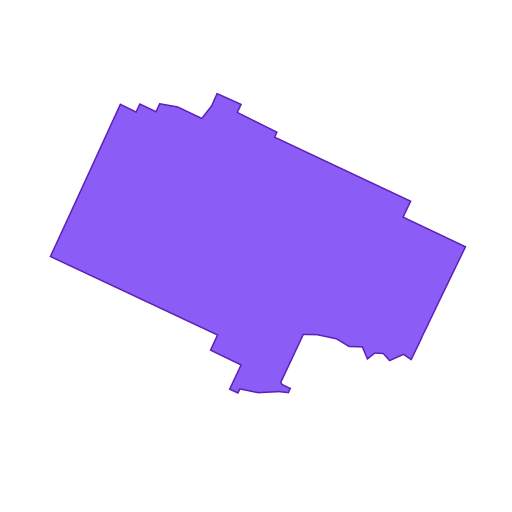 outline of Scott, Arkansas, United States of America, rotated 204°
{"feature_id": "52423323B55243158693426", "entity_name": "Scott", "entity_type": "district", "adm_level": 2, "iso_a3": "USA", "parent_name": "United States of America", "parent_adm1": "Arkansas", "projection": "albers", "projection_center": [-94.153, 34.883], "detail": "fine", "context": "isolated", "style": "filled", "palette": "violet", "viewbox_px": 512, "rotation_deg": 204, "n_neighbors": 0, "source": "geoboundaries", "source_scale": "gbopen_adm2", "svg_char_len": 795}
<svg xmlns="http://www.w3.org/2000/svg" viewBox="0 0 512 512"><g transform="rotate(204 256 256)"><path d="M441.6,339.4L442.7,241.9L442.9,225.4L443.6,171.9L259.0,168.2L259.2,151.5L225.3,150.4L225.9,123.6L216.8,123.5L216.7,128.0L198.5,132.0L180.0,141.4L170.8,144.4L170.9,145.5L170.8,148.9L179.8,149.2L182.0,150.6L181.1,193.0L180.9,203.6L168.1,209.0L148.7,213.1L134.1,211.2L121.9,216.2L112.3,207.3L108.0,215.7L100.0,218.7L91.4,214.8L81.3,226.1L72.1,224.5L71.4,247.8L71.4,248.8L71.5,251.0L71.1,260.3L70.9,268.8L70.9,270.4L70.8,272.4L70.3,289.4L68.4,349.6L137.5,351.3L137.0,368.9L287.3,372.1L287.3,377.6L331.5,379.5L331.3,388.4L357.6,388.5L357.6,375.1L361.5,359.6L388.2,360.3L405.9,355.9L406.0,347.1L423.9,347.6L424.1,338.7L441.6,339.4Z" fill="#8b5cf6" stroke="#5b21b6" stroke-width="1.5"/></g></svg>